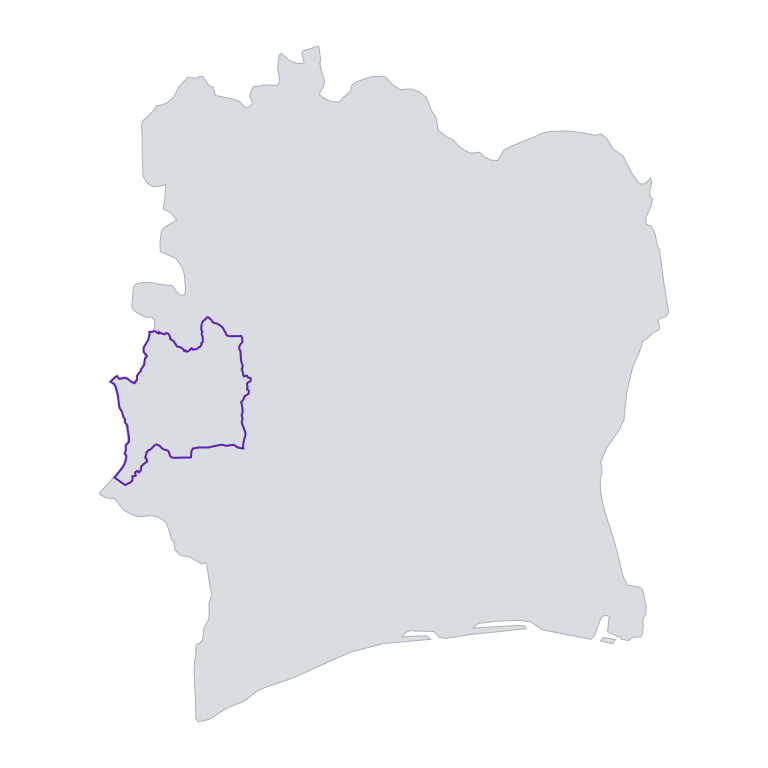 location of Dix-Huit Montagnes within Ivory Coast
{"feature_id": "CIV-3441", "entity_name": "Dix-Huit Montagnes", "entity_type": "Department", "adm_level": 1, "iso_a3": "CIV", "parent_name": "Ivory Coast", "parent_adm1": "", "projection": "robinson", "projection_center": [-7.745, 7.377], "detail": "fine", "context": "in_parent", "style": "outline", "palette": "violet", "viewbox_px": 768, "rotation_deg": 0, "n_neighbors": 0, "source": "natural_earth", "source_scale": "10m", "svg_char_len": 8354}
<svg xmlns="http://www.w3.org/2000/svg" viewBox="0 0 768 768"><path d="M156.7,105.6L159.4,105.5L166.6,103.2L173.1,97.8L179.2,86.6L187.4,77.5L196.6,78.2L199.3,76.5L202.6,76.2L206.5,82.2L210.3,86.7L213.1,86.8L215.2,95.4L232.0,98.9L239.2,101.3L245.3,107.5L247.4,107.7L250.0,106.4L252.0,104.2L252.4,101.8L249.8,96.2L250.9,91.1L253.6,86.6L258.0,86.3L264.5,85.0L272.0,85.0L277.6,85.8L279.8,81.3L277.7,68.6L278.2,61.6L279.1,55.7L281.2,53.3L289.6,60.7L297.2,63.3L302.7,63.6L304.2,62.2L301.9,54.1L302.5,51.6L304.5,50.2L308.1,49.4L317.8,46.1L318.8,46.7L320.7,59.5L319.8,63.7L321.9,72.4L324.4,80.4L324.3,83.7L322.2,88.7L319.7,93.3L320.0,95.1L323.9,98.3L331.3,101.5L339.0,102.2L343.3,97.5L347.8,93.7L350.8,90.3L351.9,85.2L356.8,81.6L370.7,76.9L383.5,76.2L386.6,77.7L392.4,84.7L399.8,89.6L411.0,89.0L419.1,91.8L426.2,97.2L430.9,109.3L436.1,117.9L438.4,130.3L446.5,136.8L452.9,139.7L461.5,148.7L470.5,153.2L479.7,152.2L484.1,156.9L491.0,160.2L497.9,160.4L503.9,150.1L511.9,146.0L532.2,137.8L540.2,134.0L548.3,131.7L567.9,130.9L586.0,133.4L595.1,135.4L601.2,134.0L607.1,138.9L613.2,149.2L618.1,152.5L623.2,156.0L627.0,164.2L631.4,172.2L633.8,175.8L639.3,183.8L644.0,183.9L648.6,180.4L650.6,177.9L651.5,183.1L649.7,191.7L650.1,196.9L652.6,198.9L651.3,205.7L645.9,217.3L645.9,224.1L651.2,226.3L655.1,233.5L657.4,245.9L659.7,250.1L659.9,252.6L663.8,282.7L668.7,312.8L665.7,316.8L661.5,317.9L658.8,319.3L658.1,322.1L659.8,326.3L658.7,330.0L653.5,332.6L642.3,342.2L641.5,346.0L638.5,354.2L636.0,359.1L632.4,368.4L626.6,392.8L624.5,413.1L624.2,419.3L621.9,423.7L619.3,429.9L607.1,447.3L600.9,461.5L601.7,467.6L602.0,473.8L600.2,478.3L600.6,490.3L602.1,500.3L604.3,510.1L613.3,538.0L617.9,554.9L620.9,568.5L623.4,577.7L625.8,581.4L626.8,584.9L640.0,587.5L642.6,589.5L646.3,607.3L645.6,615.3L643.0,618.3L643.2,625.1L642.6,633.6L640.7,636.9L633.3,637.3L628.3,640.5L621.6,639.3L621.0,637.2L617.4,636.4L607.6,631.6L609.2,616.2L604.7,615.5L601.1,617.6L594.2,636.1L590.9,639.3L542.0,629.7L531.3,622.0L518.6,620.3L496.4,621.2L478.1,623.4L472.9,628.1L519.1,625.4L524.0,625.9L526.4,628.7L468.0,634.8L445.7,638.5L439.1,637.5L434.1,631.5L409.9,630.8L404.9,632.8L402.0,637.1L411.5,636.2L426.5,635.9L430.6,639.3L383.5,643.6L350.9,652.0L337.0,658.1L291.5,678.4L263.8,688.0L256.5,691.5L243.8,701.4L227.6,707.6L209.4,719.3L198.3,721.9L195.8,718.2L195.5,698.5L194.0,672.1L194.5,662.0L196.0,652.4L196.0,644.6L201.6,641.6L203.0,638.3L203.9,628.1L209.0,618.7L209.1,602.4L210.7,599.0L211.8,594.7L209.6,584.1L206.7,563.9L205.3,562.6L204.1,563.5L201.2,563.8L189.7,556.9L180.9,555.7L174.7,549.7L174.3,542.9L171.3,539.0L169.2,531.2L166.1,522.2L157.4,516.7L149.3,515.4L143.5,516.6L136.7,516.2L128.9,513.2L123.5,509.8L118.4,503.3L113.7,498.0L109.9,498.7L105.3,497.4L100.8,495.1L99.3,493.2L118.2,472.3L124.7,462.1L125.4,455.8L125.4,449.5L127.5,443.0L128.0,433.2L117.6,397.3L114.9,386.3L112.1,383.0L110.3,381.8L115.6,377.2L122.9,378.4L134.1,382.0L136.5,378.4L145.0,360.3L144.7,353.6L143.9,349.0L148.9,336.6L152.8,331.8L154.8,326.6L154.2,319.6L151.2,317.0L147.3,317.5L142.6,315.7L135.5,311.7L131.8,308.1L133.0,291.7L133.6,286.6L136.2,283.7L140.1,282.9L151.2,282.4L160.1,284.3L168.0,285.4L172.2,285.4L175.6,290.2L180.1,295.2L184.1,295.1L185.5,291.5L184.6,275.3L181.9,266.8L175.9,258.6L160.3,251.5L160.0,241.7L161.5,231.1L164.9,227.1L176.5,220.3L174.4,216.7L170.8,212.8L163.4,208.9L165.1,196.2L165.5,184.8L159.3,186.1L152.9,186.7L147.5,183.2L143.0,176.4L142.2,157.4L142.2,135.4L141.3,125.7L143.0,120.5L148.5,115.8L154.5,109.6L156.7,105.6ZM615.3,639.5L612.8,643.7L600.4,641.0L603.3,637.5L615.3,639.5Z" fill="#d9dde1" stroke="#a8b0b8" stroke-width="1"/><path d="M159.2,333.4L159.0,332.1L160.7,333.0L162.4,333.8L164.6,334.2L165.2,334.1L165.5,333.5L166.0,333.1L166.6,333.0L167.8,333.5L169.2,334.9L169.2,335.0L169.4,335.5L169.5,336.0L169.7,336.5L170.3,337.2L170.4,337.7L170.3,338.1L170.1,338.6L170.1,339.0L170.5,339.2L171.1,339.4L171.6,339.7L172.1,340.0L172.5,340.3L173.2,341.0L173.6,341.3L174.1,341.6L174.3,342.1L174.5,342.7L174.7,343.2L175.4,343.8L175.6,344.2L176.4,345.6L176.6,346.1L177.1,346.5L178.1,346.8L180.0,347.2L181.6,347.8L182.3,348.4L182.6,348.9L183.0,349.3L183.6,349.6L183.8,350.1L184.1,351.1L184.4,351.3L184.8,351.2L185.5,350.4L185.9,350.6L186.2,350.9L186.4,351.3L186.7,351.6L187.2,351.6L187.9,351.4L189.3,350.5L190.3,349.4L190.8,349.0L191.1,348.5L191.4,348.2L191.7,348.2L192.0,348.6L192.2,349.1L192.5,349.5L192.9,349.7L193.6,349.6L194.4,349.2L195.2,349.3L195.9,349.3L196.6,349.1L197.5,348.5L198.4,347.5L198.8,347.3L199.2,347.1L199.8,347.0L200.2,346.5L200.5,346.1L200.8,345.7L201.1,345.4L201.4,345.2L201.6,344.9L201.5,344.5L201.3,344.1L201.2,343.6L201.3,343.2L201.6,342.8L202.1,342.5L202.7,341.9L202.9,341.3L202.9,340.7L202.8,340.2L202.7,336.9L202.5,336.4L202.4,336.1L201.8,335.0L201.8,334.8L201.7,334.4L201.7,333.8L201.8,333.2L201.9,332.7L202.4,332.0L202.4,331.8L202.4,331.6L202.3,331.4L201.7,330.7L201.4,330.2L201.3,329.7L201.2,329.1L201.3,326.4L202.1,322.8L202.5,322.1L202.7,321.8L202.9,321.4L203.6,320.7L205.1,319.5L205.7,318.8L206.3,318.0L206.6,317.6L207.1,317.3L207.9,317.3L208.6,317.5L210.0,318.9L211.0,319.7L211.5,320.2L211.9,320.7L212.3,321.7L212.6,322.1L213.1,322.5L213.8,322.8L217.1,323.7L218.7,324.5L222.1,327.0L222.5,327.4L222.8,327.8L225.9,333.6L226.8,335.5L229.5,336.2L241.3,336.1L242.4,339.4L242.4,341.6L241.8,342.8L240.8,343.8L239.9,345.2L239.5,346.0L239.4,346.7L239.2,348.4L239.4,349.4L240.3,350.6L240.5,351.3L240.8,358.3L241.4,361.9L242.4,364.7L242.5,365.9L242.5,367.1L242.2,368.2L241.7,369.1L242.4,370.8L243.4,375.5L244.0,376.4L246.1,375.7L247.1,375.7L248.0,377.6L250.0,377.9L250.7,378.5L250.8,380.7L249.4,381.8L247.7,382.6L246.9,384.0L247.5,386.5L247.6,387.6L247.5,388.0L247.2,388.2L247.0,388.4L246.9,389.1L247.2,389.5L248.4,390.3L248.8,390.9L248.6,393.8L247.0,394.9L245.2,395.6L244.3,397.1L244.0,398.3L243.4,399.3L242.8,400.2L242.3,401.1L241.8,401.3L241.4,401.6L241.2,402.2L241.3,402.9L241.7,404.0L242.5,409.3L242.7,411.9L242.1,413.8L241.6,414.9L241.8,416.1L242.2,417.2L242.5,418.2L241.8,421.8L241.8,422.9L245.4,432.6L245.5,434.2L245.2,435.7L243.6,441.8L243.1,445.1L243.1,446.3L243.3,448.5L242.7,448.5L238.3,447.6L236.9,447.0L234.6,445.2L234.2,445.0L233.2,444.9L226.0,445.8L222.9,444.9L222.3,444.8L221.0,444.8L212.2,446.5L209.6,447.3L208.6,447.4L198.8,447.5L192.8,448.5L191.6,451.0L191.4,451.7L191.0,457.2L189.8,457.5L174.2,457.8L172.6,457.6L171.3,457.3L170.4,456.4L170.0,455.7L169.0,452.3L168.5,451.4L168.1,450.9L167.4,450.5L165.1,449.7L163.8,449.5L163.1,449.1L162.3,448.6L160.3,446.5L159.6,445.9L159.1,445.5L156.7,444.4L154.6,445.2L150.9,449.2L149.9,449.8L149.1,450.0L148.6,449.9L148.3,450.2L148.1,450.7L147.7,451.4L147.2,451.8L146.5,452.1L146.3,452.4L146.6,453.2L146.2,454.6L145.5,456.4L145.3,457.0L145.3,457.6L145.4,458.0L145.7,458.1L146.1,458.1L146.3,458.5L147.2,461.1L147.1,461.7L146.7,462.0L146.2,462.2L145.4,462.7L144.6,463.5L143.5,464.2L142.9,464.5L142.4,465.3L141.3,466.2L141.1,466.7L141.1,467.7L140.8,469.9L140.4,471.0L139.7,471.9L139.1,472.3L138.6,472.3L138.2,472.1L138.0,471.7L138.0,471.2L137.8,470.9L137.2,470.9L135.3,472.2L135.0,472.9L135.1,473.3L135.7,474.7L135.8,475.5L135.4,475.8L134.5,475.9L134.1,476.1L133.6,476.2L132.6,476.0L132.4,476.2L132.6,477.1L132.6,477.7L132.4,478.4L132.3,479.0L132.4,479.5L132.4,480.0L132.4,480.7L131.7,481.1L129.4,483.1L128.8,483.2L127.6,483.7L126.8,484.1L125.8,484.9L125.1,484.9L124.2,484.5L115.1,477.9L114.5,477.6L122.9,467.0L124.2,464.6L125.4,461.6L126.2,458.4L126.3,456.9L126.2,455.5L125.8,454.8L125.0,454.3L124.6,453.5L125.8,450.5L125.8,448.9L125.7,447.1L125.8,445.3L126.3,444.4L128.3,442.7L129.0,441.7L129.2,439.1L127.6,429.0L127.5,426.4L127.2,425.4L126.6,424.3L125.3,422.8L124.9,422.1L124.9,421.4L125.1,420.1L125.0,419.4L124.6,418.6L123.5,417.0L123.1,416.1L122.3,412.8L121.7,411.4L120.1,408.9L119.5,407.6L119.0,405.6L117.9,395.3L116.0,387.8L114.3,384.1L110.4,381.8L114.7,377.4L117.0,376.0L119.2,378.9L121.0,378.7L124.3,377.6L127.4,378.5L131.0,381.6L134.4,383.3L137.0,379.9L137.1,379.2L136.8,377.4L136.8,376.6L137.3,375.4L139.1,372.7L139.6,372.3L140.6,371.6L141.0,371.2L141.0,370.8L140.8,369.7L140.9,369.3L143.9,365.4L144.3,363.9L144.6,360.3L145.0,358.6L145.4,358.0L146.0,357.6L146.6,357.0L146.8,356.0L146.3,354.8L144.2,352.8L143.5,351.7L143.7,347.4L148.4,339.5L149.3,335.3L149.5,332.8L149.3,331.9L150.7,331.9L154.6,331.2L155.6,331.5L156.5,332.4L157.6,333.2L159.2,333.4Z" fill="none" stroke="#5b21b6" stroke-width="2"/></svg>